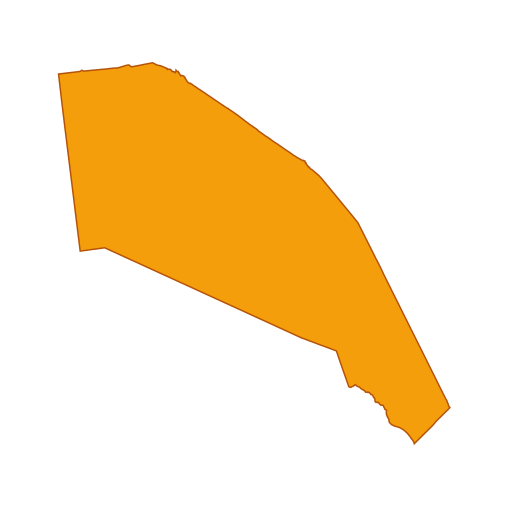 North Horr, Eastern, Kenya, rotated 353°
{"feature_id": "3690345B4448118045148", "entity_name": "North Horr", "entity_type": "district", "adm_level": 2, "iso_a3": "KEN", "parent_name": "Kenya", "parent_adm1": "Eastern", "projection": "equal_earth", "projection_center": [38.048, 3.18], "detail": "fine", "context": "isolated", "style": "filled", "palette": "amber", "viewbox_px": 512, "rotation_deg": 353, "n_neighbors": 0, "source": "geoboundaries", "source_scale": "gbopen_adm2", "svg_char_len": 5435}
<svg xmlns="http://www.w3.org/2000/svg" viewBox="0 0 512 512"><g transform="rotate(353 256 256)"><path d="M427.5,422.1L426.8,420.7L426.2,418.8L425.1,415.9L421.4,405.4L420.7,403.5L420.0,401.4L418.5,397.0L417.6,394.7L415.8,389.5L414.8,386.8L412.9,381.3L403.1,353.6L400.6,346.6L391.8,321.7L380.4,289.5L379.0,285.1L378.3,283.0L375.3,274.7L374.5,272.7L370.8,262.2L362.5,239.0L361.8,237.1L361.1,235.2L354.9,225.3L330.5,187.0L329.5,185.7L328.5,184.2L326.1,181.5L325.1,180.4L323.6,178.8L322.2,177.3L321.6,176.7L320.7,176.2L320.3,175.7L320.2,175.3L320.0,174.6L319.5,174.6L319.2,174.2L318.8,173.8L318.7,173.2L318.2,172.9L317.9,172.1L317.3,171.3L317.1,170.7L316.9,169.7L316.5,169.8L316.0,167.6L315.4,167.6L314.9,166.9L314.2,167.1L311.0,164.8L309.0,163.4L307.1,161.8L305.3,160.4L304.3,159.4L303.3,158.5L301.2,156.6L299.4,155.1L296.8,152.8L295.5,151.6L292.0,148.5L291.4,147.9L289.4,146.3L287.3,144.5L285.7,143.0L281.6,139.2L280.0,138.0L278.0,136.1L276.6,134.8L274.3,132.7L273.0,131.6L273.0,131.1L271.1,129.3L269.6,128.0L265.6,124.5L261.9,120.9L255.4,114.5L254.4,113.6L249.9,109.5L247.9,107.8L246.8,106.9L246.6,106.8L246.6,106.6L246.4,106.2L245.9,106.0L245.4,105.8L244.0,104.6L243.6,104.2L242.5,103.3L236.2,97.8L234.0,95.9L233.2,95.2L231.2,93.4L227.4,90.1L226.7,89.5L225.2,88.1L224.2,87.2L222.4,85.8L220.9,84.4L219.4,83.2L214.5,78.9L213.6,78.0L211.8,76.5L211.3,76.8L210.9,76.5L210.0,75.6L209.1,74.7L208.9,74.2L207.3,70.7L207.2,70.2L207.0,70.3L206.8,69.8L206.5,69.2L206.3,68.7L205.2,68.1L204.9,67.9L204.1,67.8L203.4,68.1L203.3,67.9L203.2,67.8L203.2,67.4L202.6,66.5L202.1,65.7L202.1,65.1L201.6,64.6L201.3,64.4L201.2,63.5L200.8,63.7L200.2,63.2L199.3,61.9L199.2,62.5L198.9,63.1L198.1,64.2L197.5,63.4L197.1,63.1L196.8,62.9L196.0,63.1L195.4,62.4L195.2,62.4L195.2,62.2L194.2,61.0L194.1,60.9L193.9,60.4L193.1,60.3L192.6,59.9L190.7,60.0L190.7,59.8L190.7,59.1L184.8,55.7L181.2,54.5L176.9,51.6L173.4,51.9L169.4,52.1L161.8,52.7L159.6,52.8L157.4,53.0L155.1,52.9L153.2,50.9L150.9,50.9L141.5,52.5L137.8,52.2L132.9,52.1L131.4,52.2L126.2,52.0L124.0,51.9L122.1,51.9L115.9,51.7L107.7,51.5L106.6,50.9L105.6,50.4L104.0,51.4L82.2,51.3L82.0,79.1L82.0,114.9L82.1,229.7L106.8,229.4L251.7,318.5L290.8,342.6L303.3,349.1L307.8,351.5L319.7,357.6L322.8,359.3L324.2,359.9L327.0,373.2L332.2,397.0L332.3,397.1L333.0,397.6L333.5,397.8L333.8,397.9L334.1,397.9L334.5,397.8L334.6,397.7L335.0,397.4L335.7,397.3L336.1,397.3L336.2,397.2L336.6,397.0L336.9,396.8L337.1,396.7L337.4,396.5L337.7,396.6L337.9,396.5L338.0,396.5L338.1,396.4L338.3,396.2L338.6,395.9L338.7,396.1L338.8,396.1L339.2,396.2L339.4,396.3L339.5,396.3L339.7,396.5L339.8,396.6L340.2,397.1L340.4,397.5L340.6,397.7L340.7,397.8L340.9,397.9L341.3,398.0L341.7,398.2L342.5,398.6L342.7,398.8L343.6,399.9L344.0,400.4L344.1,400.5L344.9,401.2L345.3,401.5L345.7,401.8L345.8,401.9L346.2,402.1L346.4,402.1L346.5,402.2L346.7,402.3L346.9,402.6L347.1,403.0L347.4,403.2L347.6,403.3L347.8,403.6L347.9,403.9L348.0,404.3L348.1,404.5L348.3,404.5L348.7,404.5L348.9,404.5L349.1,404.6L349.3,404.7L349.9,404.8L350.0,404.8L350.2,404.7L350.4,405.0L350.5,405.1L350.8,404.9L350.9,405.0L351.1,405.0L351.3,405.2L351.7,405.3L351.9,405.5L352.0,405.7L352.1,405.8L352.3,405.9L352.4,406.0L352.7,406.3L352.8,406.4L352.9,406.7L353.0,406.8L353.0,407.0L353.1,407.4L353.6,407.5L353.9,407.8L354.0,407.8L354.5,408.1L354.8,408.3L354.9,408.5L355.0,408.7L355.0,408.8L355.2,409.6L355.2,409.8L355.3,410.0L355.5,410.3L355.5,410.8L355.6,411.0L355.8,411.1L356.0,411.2L356.2,411.3L356.3,411.5L356.5,412.1L356.5,412.4L356.5,412.9L356.5,413.1L356.5,413.9L356.5,414.8L356.5,415.1L356.7,415.4L356.8,415.6L357.0,415.6L357.4,415.8L357.5,415.8L357.9,415.9L358.0,416.0L358.4,416.2L358.5,416.1L358.8,415.9L359.0,415.9L359.1,416.0L359.3,416.1L359.5,416.3L359.8,416.4L360.0,416.5L360.0,416.8L360.2,417.3L360.3,417.5L360.5,417.8L360.6,418.1L360.8,418.2L360.9,418.3L361.0,418.4L361.1,418.5L361.4,419.0L361.5,419.1L361.8,419.3L362.0,419.4L362.4,419.4L362.5,419.4L362.9,419.3L363.1,419.3L363.3,419.4L363.7,419.7L363.9,419.8L364.0,419.8L364.2,420.1L364.2,420.3L364.3,420.9L364.4,421.3L364.5,421.6L364.8,421.9L364.8,422.1L364.8,422.4L364.9,422.5L365.1,422.7L365.1,422.9L365.1,423.0L365.1,423.4L365.1,423.6L365.3,423.9L365.5,424.1L366.5,424.6L366.7,424.8L366.8,425.1L366.7,425.3L366.5,425.8L366.5,426.0L366.4,426.5L366.3,427.3L366.3,427.7L366.2,428.0L366.1,428.5L366.4,428.9L366.4,429.1L366.4,429.4L366.4,429.9L366.4,430.1L366.6,430.6L366.6,430.8L366.7,431.3L366.8,431.4L366.9,431.5L367.0,431.7L367.0,432.1L367.4,432.8L367.5,432.9L367.5,433.2L367.6,433.4L367.6,433.5L367.8,433.9L367.8,434.0L367.8,434.5L368.0,435.1L367.9,435.6L368.0,435.7L368.0,436.0L368.1,436.3L368.0,436.8L368.0,437.0L368.1,437.5L368.6,438.0L368.9,438.5L369.3,439.0L369.5,439.2L369.7,439.5L369.9,439.8L370.0,439.9L370.3,440.1L370.6,440.3L370.8,440.4L371.0,440.5L371.3,440.7L371.6,440.9L371.9,441.1L372.1,441.3L372.6,441.6L374.3,442.3L375.4,442.8L377.3,443.6L379.1,444.9L379.9,445.5L380.6,445.9L381.7,447.1L382.7,448.1L383.7,449.3L384.4,450.1L385.1,451.1L385.5,451.9L386.1,452.8L386.7,453.6L387.2,454.6L387.6,455.6L388.0,456.3L388.9,457.6L389.5,458.8L390.1,460.5L390.2,461.6L396.8,456.5L397.6,455.9L400.9,453.3L408.7,447.3L409.3,446.8L410.1,446.2L411.5,445.0L414.9,441.8L421.8,436.5L428.9,431.0L430.0,430.0L429.7,429.5L429.3,429.0L429.2,428.8L428.8,427.5L428.8,427.3L428.8,427.0L428.7,426.5L428.5,425.7L428.4,425.4L428.2,424.7L427.9,423.6L427.8,422.9L427.5,422.1Z" fill="#f59e0b" stroke="#b45309" stroke-width="1.5"/></g></svg>